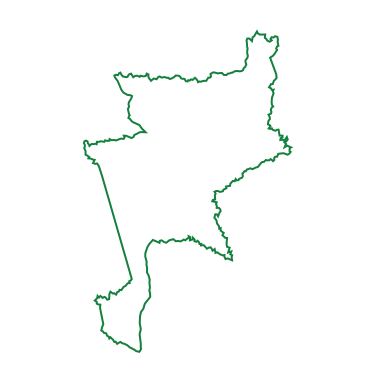 the district of Soledade, Rio Grande do Sul, Brazil, rotated 342°
{"feature_id": "56859067B52528127445060", "entity_name": "Soledade", "entity_type": "district", "adm_level": 2, "iso_a3": "BRA", "parent_name": "Brazil", "parent_adm1": "Rio Grande do Sul", "projection": "robinson", "projection_center": [-52.521, -28.89], "detail": "fine", "context": "isolated", "style": "outline", "palette": "green", "viewbox_px": 384, "rotation_deg": 342, "n_neighbors": 0, "source": "geoboundaries", "source_scale": "gbopen_adm2", "svg_char_len": 5719}
<svg xmlns="http://www.w3.org/2000/svg" viewBox="0 0 384 384"><g transform="rotate(342 192 192)"><path d="M285.1,151.1L286.8,147.9L288.6,146.7L289.0,144.8L288.7,142.1L291.4,141.8L292.3,140.4L292.3,138.3L293.8,136.4L295.6,135.8L295.0,133.7L295.3,132.0L296.2,129.3L297.3,126.9L300.1,123.4L300.0,121.2L301.2,119.9L299.5,119.6L299.1,117.8L297.6,116.2L299.3,114.9L300.4,113.8L302.1,114.3L304.1,111.7L306.0,110.7L307.7,109.7L308.5,105.8L307.8,88.4L311.0,87.5L313.0,86.3L315.0,84.6L316.8,83.2L316.4,81.6L317.6,80.1L319.3,79.7L319.5,78.0L319.8,75.8L320.8,73.7L321.1,70.8L319.0,69.5L317.3,70.3L315.5,69.4L313.9,70.8L314.7,72.4L312.4,73.1L310.4,71.4L310.0,69.5L308.9,67.9L310.3,64.8L305.2,63.3L303.7,61.6L303.4,59.4L299.2,63.1L297.5,63.5L295.7,67.0L293.9,63.7L292.0,63.2L290.8,64.6L290.3,66.9L289.9,68.8L289.4,70.4L289.2,72.6L288.0,75.2L287.3,77.4L287.3,79.3L286.5,81.1L285.5,82.0L284.3,82.7L283.3,83.9L283.0,85.4L283.1,87.4L281.3,89.4L279.3,90.3L278.3,91.8L276.6,92.3L274.8,92.0L273.2,91.3L271.9,90.7L269.6,90.4L267.4,91.0L266.1,90.7L264.4,90.9L262.7,90.5L260.9,91.4L258.6,90.6L257.2,88.0L254.7,87.4L253.2,87.2L251.0,85.7L249.3,84.8L247.7,85.0L246.0,85.6L245.8,87.9L244.4,88.8L242.8,88.3L241.1,89.7L239.9,90.7L238.0,90.0L236.2,89.8L234.7,89.9L233.2,89.2L231.7,89.5L231.6,87.7L231.0,85.9L230.1,84.3L228.7,84.9L227.3,85.6L225.8,84.6L224.2,85.3L223.0,84.5L222.0,85.5L220.4,84.7L219.8,82.1L218.0,81.4L216.7,80.5L216.4,78.7L215.6,77.5L214.3,76.9L212.3,76.2L211.0,77.0L209.5,77.4L207.5,77.7L205.8,77.7L204.7,76.0L203.2,75.6L201.7,74.3L200.2,74.0L198.6,73.9L196.9,72.1L195.2,72.3L193.2,73.8L190.8,72.3L189.0,72.9L187.4,73.6L186.9,72.1L186.2,70.4L186.2,68.2L186.9,66.8L185.5,65.4L184.2,67.2L182.2,67.2L180.8,66.7L179.0,65.5L177.9,66.3L176.0,64.6L173.9,64.0L171.6,64.7L171.2,62.9L170.6,60.6L168.8,60.6L167.3,61.5L166.2,62.6L164.7,62.4L163.3,61.4L162.0,60.8L161.2,59.0L160.7,56.3L159.4,56.5L157.6,58.0L155.8,57.0L154.2,57.2L154.1,58.8L154.6,60.5L155.6,63.5L156.4,72.7L157.5,76.3L160.5,79.6L163.6,81.1L164.6,82.2L163.4,84.0L159.7,87.2L158.7,89.1L158.5,91.5L156.7,93.2L156.2,98.1L156.4,99.9L155.3,100.6L154.4,102.1L155.5,103.1L156.4,105.8L157.6,107.5L162.7,112.1L163.8,115.9L166.3,120.8L163.6,119.8L160.9,119.0L156.3,119.8L154.8,119.9L153.5,121.5L151.2,122.0L146.8,118.2L144.6,117.4L144.8,119.2L143.5,120.4L141.0,119.3L139.1,119.3L137.1,119.4L135.6,119.5L133.7,118.3L131.6,117.9L130.0,116.2L129.3,117.7L127.4,117.3L125.3,116.0L124.2,117.2L120.9,115.6L118.7,115.5L117.2,114.9L116.1,117.1L115.0,116.2L113.6,116.2L111.4,115.3L108.7,116.5L108.7,114.9L108.0,113.6L108.3,111.6L107.1,110.4L105.3,110.6L104.3,112.2L104.6,113.9L104.2,115.5L103.1,117.0L103.4,120.2L102.3,123.6L103.5,124.8L105.0,126.9L103.9,128.0L106.0,128.9L107.1,130.0L109.3,131.4L106.8,133.9L108.8,135.4L110.5,135.5L111.4,138.3L111.4,149.3L111.0,161.0L109.2,215.5L108.8,226.7L108.5,236.7L107.8,256.2L106.5,257.2L104.7,257.5L104.6,259.3L102.6,259.0L99.7,260.8L97.5,261.2L94.5,263.5L92.9,262.6L91.7,264.0L90.0,264.1L88.1,266.1L86.8,264.3L85.4,264.1L83.6,261.6L81.9,263.6L80.1,268.3L78.1,268.2L77.2,265.6L76.2,264.7L74.3,265.1L72.8,262.6L70.9,263.6L70.1,261.7L69.0,263.7L66.0,265.2L67.5,267.0L66.9,268.8L68.2,270.0L70.0,270.8L68.7,274.0L66.8,290.3L64.8,292.7L62.9,295.7L64.2,297.1L64.7,298.7L66.8,300.0L66.8,302.4L68.1,303.9L68.1,305.7L69.5,304.9L71.2,308.0L71.8,310.6L73.1,310.7L73.9,313.3L75.9,312.7L77.7,312.5L78.7,314.1L80.9,315.6L82.9,317.5L83.9,318.9L84.6,320.4L85.8,321.4L87.0,322.7L88.7,324.5L89.6,325.9L90.8,326.7L92.4,327.7L93.6,326.9L95.2,325.3L95.3,323.5L96.3,321.0L98.2,311.1L100.9,306.7L101.8,300.4L104.3,293.9L106.5,290.2L109.6,288.1L112.6,283.7L119.9,278.8L121.0,274.6L120.8,272.9L122.4,270.0L123.6,264.6L124.7,262.5L124.9,257.5L124.3,254.6L125.9,250.1L126.2,247.0L127.3,244.5L127.6,239.0L128.7,235.8L132.5,230.7L135.2,228.3L140.0,225.5L145.4,230.3L146.3,228.5L148.2,228.6L150.0,231.0L151.9,232.3L155.6,230.9L159.7,231.1L161.4,233.9L163.3,234.1L165.7,235.4L167.7,235.2L169.5,234.7L170.6,235.9L173.6,234.7L175.0,234.8L175.2,233.1L176.3,234.2L175.1,237.3L177.8,237.3L178.6,235.6L179.8,237.9L179.1,239.5L180.7,240.7L182.2,240.1L183.1,242.0L183.1,243.8L184.8,244.2L184.1,245.6L186.8,246.2L188.7,250.6L190.8,250.1L192.6,250.4L193.2,252.1L193.4,254.2L195.9,253.3L195.5,257.2L197.3,257.1L199.5,260.0L201.5,261.7L203.4,262.0L202.8,263.6L203.2,266.1L205.4,266.2L209.0,269.3L209.6,266.0L210.7,264.6L209.2,263.1L211.0,260.7L207.7,260.7L210.6,256.6L208.4,254.9L208.8,252.1L211.1,246.6L209.4,245.8L207.6,242.4L209.5,240.8L207.3,237.6L208.1,235.2L206.6,235.3L207.1,232.8L206.1,229.7L206.5,226.7L206.1,225.2L205.3,223.4L207.3,220.4L208.7,220.9L209.3,223.2L211.8,220.1L213.3,219.1L213.5,217.2L212.7,215.4L210.6,214.7L211.3,213.0L211.1,210.9L212.3,209.4L208.4,207.1L209.4,206.0L211.7,206.2L212.8,202.0L214.0,200.9L213.5,198.7L215.3,198.5L217.1,199.2L218.7,200.6L221.7,200.8L222.6,199.5L225.8,199.1L226.1,197.3L230.1,197.9L231.1,195.9L234.2,194.1L235.9,195.0L237.5,193.2L237.9,194.7L239.8,195.1L241.0,194.1L244.2,193.8L245.2,192.7L245.7,190.0L247.1,189.4L248.3,188.4L249.7,188.9L251.1,187.6L252.9,187.6L254.8,187.5L256.6,189.0L259.8,188.5L262.5,188.5L266.3,185.9L268.1,185.2L269.6,185.6L272.2,184.4L273.3,185.2L275.4,185.7L276.9,185.0L277.9,186.3L278.6,187.7L280.2,186.9L280.7,185.0L281.9,184.2L283.9,184.7L285.8,182.4L287.2,182.6L289.7,183.1L291.4,183.6L292.7,184.7L294.3,186.0L295.9,185.8L298.2,184.4L297.4,183.2L298.5,180.5L300.0,180.2L296.8,177.3L294.0,178.0L296.3,175.2L295.2,173.0L297.5,172.9L299.3,171.6L299.2,169.0L295.9,171.5L294.6,170.3L292.1,169.9L292.9,168.2L294.9,168.0L295.5,166.4L292.7,165.4L293.6,159.5L292.3,159.1L290.2,159.5L287.9,157.7L287.6,156.1L286.1,156.3L284.6,155.3L287.0,153.6L286.4,152.3L285.1,151.1Z" fill="none" stroke="#15803d" stroke-width="2"/></g></svg>